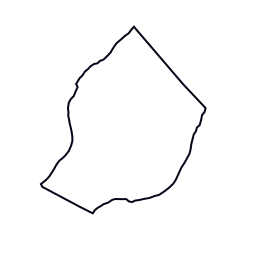 Novo Gama, Goiás, Brazil, rotated 208°
{"feature_id": "56859067B18027266556468", "entity_name": "Novo Gama", "entity_type": "district", "adm_level": 2, "iso_a3": "BRA", "parent_name": "Brazil", "parent_adm1": "Goiás", "projection": "equal_earth", "projection_center": [-48.065, -16.126], "detail": "fine", "context": "isolated", "style": "outline", "palette": "ink", "viewbox_px": 256, "rotation_deg": 208, "n_neighbors": 0, "source": "geoboundaries", "source_scale": "gbopen_adm2", "svg_char_len": 1275}
<svg xmlns="http://www.w3.org/2000/svg" viewBox="0 0 256 256"><g transform="rotate(208 128 128)"><path d="M194.5,142.6L191.7,140.5L191.4,135.6L190.9,130.8L192.1,126.6L192.1,122.4L190.3,117.3L188.0,114.0L186.4,110.6L184.2,108.1L182.1,105.2L179.5,102.3L177.3,99.8L175.4,97.4L173.2,94.4L171.0,90.5L169.9,85.6L169.5,79.8L170.3,74.8L171.3,71.6L173.4,66.4L174.0,61.4L174.0,56.8L174.4,52.3L174.7,48.7L175.6,44.9L176.8,41.6L178.6,37.6L176.0,35.8L170.3,35.8L166.1,35.8L163.1,35.8L158.5,35.8L155.7,35.8L153.1,35.8L148.8,35.8L144.7,35.8L140.8,35.8L137.6,35.8L132.7,35.8L119.0,36.1L118.7,39.9L117.2,43.5L115.5,46.0L113.8,49.3L110.6,52.6L108.4,56.8L106.3,59.1L103.0,60.8L99.5,62.6L96.2,64.4L92.8,63.6L89.6,64.5L87.7,67.2L84.4,69.6L80.2,73.2L76.3,76.2L72.4,80.6L69.2,83.5L66.0,89.4L63.6,94.8L61.8,100.4L61.5,105.3L61.9,112.1L62.3,117.7L61.8,123.4L61.6,133.8L62.6,138.2L64.6,143.7L66.0,149.5L66.9,153.1L66.5,156.8L67.3,160.6L66.1,164.2L67.2,169.3L68.7,174.4L67.9,177.9L68.8,182.0L99.8,192.5L127.8,203.5L163.8,217.6L170.3,220.2L171.1,216.8L171.9,211.9L173.8,208.2L178.0,197.1L178.7,190.9L178.8,186.8L179.8,182.8L181.8,176.8L184.3,174.0L185.3,170.8L188.1,168.5L190.0,165.0L191.0,161.2L192.6,157.4L192.8,153.7L194.1,149.1L194.5,142.6Z" fill="none" stroke="#020617" stroke-width="2"/></g></svg>